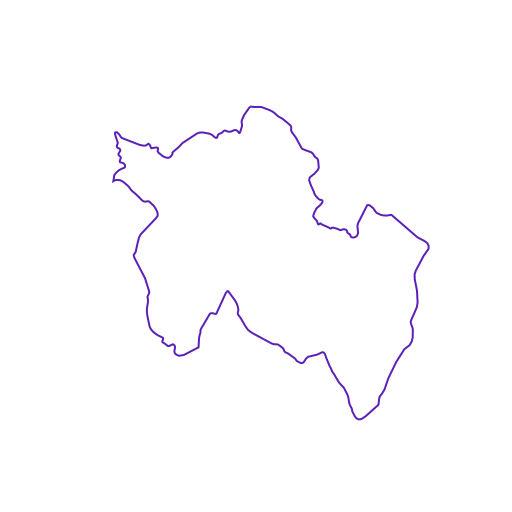 the border of Sari Pul, rotated 126°
{"feature_id": "AFG-1748", "entity_name": "Sari Pul", "entity_type": "Province", "adm_level": 1, "iso_a3": "AFG", "parent_name": "Afghanistan", "parent_adm1": "", "projection": "equal_earth", "projection_center": [66.141, 35.686], "detail": "fine", "context": "isolated", "style": "outline", "palette": "violet", "viewbox_px": 512, "rotation_deg": 126, "n_neighbors": 0, "source": "natural_earth", "source_scale": "10m", "svg_char_len": 5983}
<svg xmlns="http://www.w3.org/2000/svg" viewBox="0 0 512 512"><g transform="rotate(126 256 256)"><path d="M304.4,69.5L321.2,73.1L325.7,74.8L326.5,75.4L327.2,76.1L327.8,76.9L328.1,78.1L328.2,78.9L328.2,79.6L327.9,80.9L327.6,81.8L325.6,85.8L325.1,86.7L323.7,88.2L323.1,89.0L321.3,92.5L320.2,94.1L316.6,97.7L315.8,98.6L314.1,101.2L311.4,106.5L311.0,107.5L310.7,108.6L309.9,113.0L309.5,114.6L305.8,123.2L304.9,125.8L304.5,126.7L302.8,129.5L302.0,131.3L296.9,139.7L294.9,142.4L294.6,143.2L294.3,144.3L294.4,145.0L295.0,145.9L299.8,148.5L306.2,154.0L307.2,154.7L309.7,155.2L313.5,155.0L315.0,155.4L315.8,156.1L316.2,156.9L316.8,159.8L316.9,160.9L316.8,161.8L316.2,163.4L316.0,164.5L316.0,172.4L316.2,173.7L316.6,175.5L316.6,176.1L316.5,176.7L316.3,177.2L315.2,178.8L315.0,179.3L314.8,180.1L314.7,181.0L314.6,183.6L314.7,186.3L317.0,190.0L317.6,192.1L320.4,212.7L320.6,216.2L320.5,218.9L319.3,222.6L315.2,232.0L314.0,235.8L313.9,236.2L313.6,236.6L313.1,237.0L312.6,237.4L310.3,238.4L309.6,238.9L308.3,240.3L306.8,242.1L305.9,243.5L304.3,246.8L300.9,257.5L301.3,258.5L303.6,258.7L325.9,254.2L326.1,254.3L326.3,254.4L326.6,254.7L326.9,255.1L327.1,255.7L327.9,257.6L328.4,258.4L329.2,259.1L330.1,259.3L347.3,257.7L348.6,257.3L349.9,256.4L351.2,255.7L353.4,255.0L355.9,253.8L363.7,248.8L378.5,256.2L382.0,259.6L382.5,262.0L382.6,262.8L382.6,263.4L382.5,263.9L382.3,264.5L381.9,265.2L381.3,265.8L380.4,266.4L377.5,267.8L376.8,268.5L376.2,269.4L376.1,270.8L376.5,271.5L380.0,273.5L380.5,274.0L380.7,274.6L380.5,276.3L380.5,277.4L380.7,280.1L380.6,280.9L380.4,281.5L380.0,281.7L377.8,282.3L377.3,282.6L377.0,282.9L376.9,283.3L377.0,284.1L377.9,289.4L377.9,290.9L377.9,292.7L377.7,295.1L377.3,296.8L376.8,298.4L376.1,299.8L375.1,301.2L367.8,309.2L365.1,311.6L362.2,313.6L357.2,316.1L354.8,317.7L352.9,319.8L348.6,320.7L347.0,322.2L339.2,332.7L329.1,353.0L328.0,354.6L327.1,355.5L324.0,355.7L322.9,356.0L314.9,359.5L309.5,361.6L306.2,362.0L283.8,359.1L281.3,359.2L280.3,359.9L279.4,360.6L278.3,362.0L277.6,363.2L276.9,364.6L275.8,367.2L275.5,368.4L274.8,373.8L274.8,374.6L275.1,375.4L275.6,376.0L277.1,377.5L277.6,378.4L277.9,379.6L277.9,381.0L276.6,389.4L276.2,394.6L275.6,397.1L275.1,398.3L274.8,399.5L274.5,401.0L274.1,406.5L274.2,408.2L274.4,409.7L274.8,410.8L275.3,411.8L276.4,413.4L276.8,413.9L277.9,414.8L279.3,415.4L276.3,416.9L274.7,417.8L274.0,418.1L273.0,418.2L271.6,418.2L268.8,417.7L266.8,417.1L263.9,415.7L262.7,414.8L261.7,414.3L261.0,414.3L259.9,415.0L259.3,415.8L259.0,416.6L258.9,417.4L259.0,418.2L259.2,419.0L259.9,420.6L260.0,421.1L259.8,421.5L259.5,421.8L259.0,422.2L258.3,422.4L256.2,423.0L255.7,423.3L255.5,423.7L255.2,425.6L255.1,426.3L254.8,426.8L254.4,427.2L253.9,427.4L251.0,427.6L250.3,427.9L249.9,428.2L249.6,428.7L249.4,429.4L249.5,430.2L249.7,430.9L249.8,431.5L249.8,432.1L249.5,432.7L249.1,433.1L248.6,433.4L246.4,434.0L245.9,434.2L245.4,434.6L241.4,440.3L239.9,442.0L239.3,442.3L238.7,442.5L238.3,442.1L237.7,441.1L237.8,439.3L238.1,437.9L239.2,435.2L239.3,434.5L239.2,433.2L234.7,416.2L233.5,413.1L232.4,411.2L231.1,409.9L228.5,409.1L228.4,407.8L228.8,406.6L230.0,404.9L230.3,404.4L230.4,404.0L229.8,403.4L226.9,400.6L226.4,399.5L226.4,398.6L227.0,398.1L228.7,397.4L229.2,397.0L229.4,396.5L229.6,395.7L229.8,394.7L230.0,390.4L229.9,389.4L229.8,388.6L229.6,387.6L229.2,386.5L228.6,385.5L228.1,384.6L227.1,383.9L226.0,383.5L223.9,383.4L222.7,383.5L222.0,383.9L221.6,384.3L220.6,384.3L212.7,382.4L207.9,381.9L191.7,375.8L190.6,375.1L189.3,374.1L187.6,372.1L186.8,370.6L184.7,366.2L184.3,365.0L184.1,364.0L183.9,362.8L183.9,361.9L184.2,359.6L184.2,358.9L184.1,358.2L183.8,357.6L183.4,357.2L182.9,357.2L180.4,357.9L179.8,357.9L179.0,357.7L176.8,356.3L175.7,355.9L174.0,355.7L173.1,355.3L172.5,354.3L172.1,352.5L171.8,351.8L171.5,351.2L171.1,350.6L170.7,350.1L170.2,349.6L169.8,349.2L167.5,347.9L166.9,347.5L166.4,347.0L166.1,346.5L165.9,346.0L165.8,345.5L165.8,344.9L165.8,344.2L166.0,343.5L166.3,342.3L166.4,341.9L166.3,341.7L165.6,341.6L164.5,341.8L159.1,343.7L158.5,344.1L157.8,344.6L156.1,346.4L155.1,347.0L153.6,347.5L148.8,348.5L139.6,348.6L138.1,347.9L136.4,344.9L133.0,340.3L132.3,339.0L131.8,337.4L130.0,330.9L129.5,327.8L129.4,325.4L129.9,321.5L130.0,319.6L129.4,315.7L129.7,309.8L130.2,304.7L130.5,303.9L131.1,303.2L133.2,301.8L134.1,300.9L134.8,299.6L136.8,293.2L141.7,283.0L142.0,282.2L142.1,281.8L142.0,281.3L141.8,279.9L139.8,272.9L139.6,272.1L139.6,271.6L139.7,270.9L140.1,269.3L140.9,267.5L141.1,266.8L141.2,266.4L141.1,265.0L141.2,263.7L141.7,262.6L142.6,261.5L147.6,257.2L148.7,256.8L150.2,256.6L155.1,257.1L160.0,258.5L160.8,258.6L161.6,258.5L163.5,257.5L166.5,253.2L170.0,247.0L170.8,246.1L171.7,244.4L172.3,242.9L172.9,239.8L173.1,238.5L172.9,237.4L172.2,235.9L172.1,235.1L172.4,234.5L173.5,233.9L174.4,233.8L175.1,233.8L177.9,234.1L182.0,235.1L187.3,234.2L190.1,233.2L190.3,233.0L190.6,232.3L191.0,231.2L191.4,229.0L191.8,227.7L192.4,226.5L193.6,224.8L193.8,224.3L193.6,223.8L192.8,223.4L192.3,223.3L191.9,223.2L191.7,222.5L191.7,220.9L190.1,213.3L190.1,212.4L189.9,211.7L189.6,211.5L188.6,211.3L188.1,210.7L187.7,210.2L186.2,206.2L185.6,203.1L185.2,202.7L184.7,202.2L183.3,201.4L182.5,200.4L181.9,198.6L182.0,197.7L182.4,196.9L182.9,196.4L183.3,195.8L183.5,195.3L183.5,194.9L183.3,193.2L183.3,192.9L183.4,192.4L184.5,190.8L184.7,190.3L184.6,189.6L184.3,188.8L183.6,187.9L182.7,187.1L181.9,186.6L180.8,186.3L179.8,186.2L177.3,187.0L173.3,190.5L172.1,191.6L171.0,192.1L169.6,192.7L149.6,195.9L148.7,195.1L148.2,193.5L148.4,189.5L150.1,184.5L150.1,183.1L149.8,181.4L149.3,179.2L148.6,177.4L146.7,174.3L143.1,170.6L145.9,137.4L145.9,135.7L144.9,129.0L144.8,127.1L144.9,125.3L145.7,123.4L146.3,122.3L148.9,120.6L157.1,120.5L174.1,118.1L177.6,116.9L181.4,114.0L189.4,105.4L198.8,97.8L203.2,95.7L217.3,92.6L218.8,91.8L220.4,89.8L222.0,87.3L222.5,86.7L223.3,85.9L229.9,81.3L233.6,79.8L237.8,79.3L244.1,81.2L258.9,80.3L277.0,77.1L288.7,73.5L293.5,73.2L295.6,73.3L297.5,73.1L298.5,72.8L304.4,69.5Z" fill="none" stroke="#5b21b6" stroke-width="2"/></g></svg>